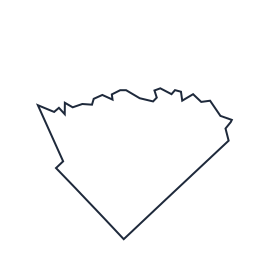 Upson, Georgia, United States of America (Equal Earth projection), rotated 136°
{"feature_id": "52423323B58492506722006", "entity_name": "Upson", "entity_type": "district", "adm_level": 2, "iso_a3": "USA", "parent_name": "United States of America", "parent_adm1": "Georgia", "projection": "equal_earth", "projection_center": [-84.356, 32.842], "detail": "fine", "context": "isolated", "style": "outline", "palette": "slate", "viewbox_px": 256, "rotation_deg": 136, "n_neighbors": 0, "source": "geoboundaries", "source_scale": "gbopen_adm2", "svg_char_len": 595}
<svg xmlns="http://www.w3.org/2000/svg" viewBox="0 0 256 256"><g transform="rotate(136 128 128)"><path d="M144.2,177.0L153.4,181.3L155.9,190.0L163.9,181.9L163.7,190.5L170.0,190.9L177.0,207.0L197.8,149.1L207.6,149.2L207.6,123.9L207.9,80.9L208.3,51.0L150.4,50.3L64.4,49.0L58.2,59.9L49.9,60.9L47.7,61.7L53.1,72.5L50.0,90.6L57.2,95.9L57.7,107.1L70.0,110.0L64.7,117.3L67.9,122.6L73.2,122.1L77.2,134.1L82.9,136.6L86.2,129.9L91.5,129.7L98.9,141.3L103.1,156.5L107.3,160.6L116.3,163.4L119.4,159.2L123.5,169.6L132.4,172.8L137.7,169.8L144.2,177.0Z" fill="none" stroke="#1e293b" stroke-width="2"/></g></svg>